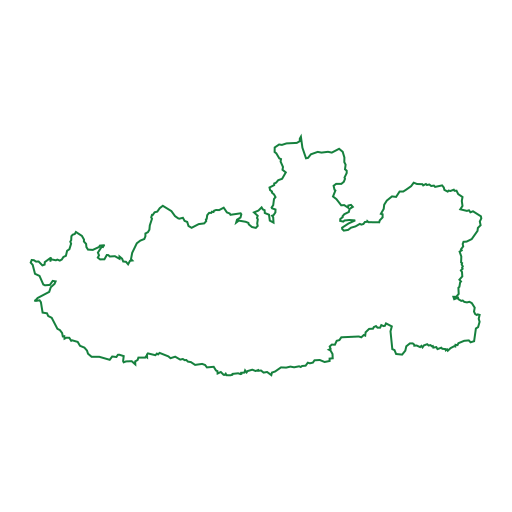 Bolaños, Jalisco, Mexico (Albers equal-area conic projection)
{"feature_id": "50627088B97238980475800", "entity_name": "Bolaños", "entity_type": "district", "adm_level": 2, "iso_a3": "MEX", "parent_name": "Mexico", "parent_adm1": "Jalisco", "projection": "albers", "projection_center": [-103.879, 21.899], "detail": "fine", "context": "isolated", "style": "outline", "palette": "green", "viewbox_px": 512, "rotation_deg": 0, "n_neighbors": 0, "source": "geoboundaries", "source_scale": "gbopen_adm2", "svg_char_len": 6050}
<svg xmlns="http://www.w3.org/2000/svg" viewBox="0 0 512 512"><path d="M342.7,151.8L339.1,148.8L331.8,152.6L328.0,151.8L321.5,152.6L317.7,151.9L310.9,154.3L308.0,157.9L306.0,158.3L302.4,147.7L300.9,136.7L299.8,138.7L299.8,141.2L296.8,142.9L286.5,143.4L281.9,144.9L279.1,144.5L274.7,147.5L274.6,152.0L276.3,153.3L279.3,158.4L281.0,159.1L280.6,161.6L283.0,167.0L282.5,169.8L285.8,172.4L282.1,178.8L278.2,180.2L276.1,182.7L274.2,183.5L274.2,185.1L269.5,187.5L270.1,190.1L272.0,191.5L271.9,192.6L274.0,194.4L275.5,197.1L274.0,199.0L273.2,205.2L271.6,207.5L272.0,208.3L275.5,209.5L275.4,212.4L273.5,215.2L272.1,215.7L273.2,217.3L273.5,222.6L269.8,220.6L269.0,214.7L264.8,213.0L264.6,210.2L262.8,209.4L261.6,207.4L258.4,210.6L254.0,212.4L257.7,215.8L257.0,218.0L257.8,219.3L257.2,223.5L257.7,225.9L255.8,227.9L251.9,227.0L248.8,224.4L248.4,222.9L245.7,221.8L238.8,220.6L236.2,222.6L237.0,219.7L240.5,217.5L241.3,214.3L240.6,213.3L230.5,214.8L229.7,213.5L226.9,212.4L223.7,207.7L219.1,210.1L216.1,210.0L214.1,210.7L213.5,212.0L211.9,211.7L211.3,212.9L209.1,212.9L207.2,215.2L206.7,218.9L205.9,219.5L206.2,221.1L204.2,223.4L198.7,224.1L191.6,227.8L188.5,226.0L187.2,221.9L184.6,220.9L182.9,217.8L179.3,218.7L178.1,218.3L175.0,216.1L171.4,211.1L162.8,205.8L159.7,208.2L157.3,211.6L154.6,212.3L152.7,215.0L152.0,214.9L151.2,217.4L152.0,218.7L149.8,225.4L149.4,229.7L147.9,232.2L145.4,233.5L145.4,236.3L144.3,239.0L140.3,240.6L136.8,243.3L132.2,252.8L131.0,259.1L132.3,260.5L130.0,260.8L128.1,264.3L126.0,261.8L123.2,261.5L122.1,258.7L119.5,256.5L119.5,258.8L114.9,256.2L109.8,256.5L108.3,255.1L106.8,255.0L104.4,259.3L100.1,259.4L97.8,257.6L99.0,255.3L97.9,252.6L101.6,246.9L102.9,247.1L103.3,245.9L104.7,245.2L99.9,245.6L99.0,247.0L92.8,249.9L88.0,249.6L86.4,247.1L86.1,243.9L83.9,241.5L84.0,239.6L81.9,235.9L75.9,232.0L74.8,234.0L72.7,234.7L71.4,236.2L71.2,240.1L70.3,241.7L71.1,243.7L69.4,249.2L67.1,250.8L65.9,255.8L63.4,257.0L61.8,259.5L59.8,260.6L57.3,259.6L55.9,260.3L51.1,259.3L50.2,261.6L50.9,258.2L50.4,258.0L44.8,262.1L44.6,264.6L42.4,265.4L38.6,261.5L36.0,261.6L33.9,260.2L31.7,260.0L30.7,262.6L32.7,264.9L35.0,273.8L39.5,275.9L43.3,284.5L45.0,285.3L49.9,284.9L52.7,280.9L55.6,281.4L54.5,283.9L50.8,287.2L49.2,291.9L37.6,298.0L35.2,300.7L34.1,300.5L35.9,300.9L39.6,300.3L40.9,302.2L42.6,312.6L47.0,313.3L48.2,316.0L51.7,317.8L57.4,328.8L59.9,330.1L62.1,333.0L62.8,336.4L64.3,336.2L64.5,338.7L66.4,337.7L69.3,337.8L71.2,340.8L72.1,340.3L77.7,341.9L80.0,345.8L84.4,347.6L87.0,350.6L88.0,353.7L91.6,356.8L99.3,356.8L109.7,359.8L112.2,356.5L116.4,357.0L117.9,354.8L119.2,354.7L123.7,356.1L123.1,361.1L123.7,362.3L126.1,361.4L131.7,361.2L135.3,364.4L135.2,361.4L137.6,360.0L138.4,357.6L145.2,357.6L145.8,356.6L147.1,357.5L147.0,354.5L147.9,353.4L155.4,355.2L156.9,353.6L158.1,354.4L159.6,352.9L168.4,356.4L170.5,358.2L175.2,356.7L180.2,359.6L182.8,359.0L184.7,360.2L186.3,360.0L187.9,361.6L190.9,362.1L195.1,364.9L202.1,363.9L205.1,365.0L206.9,367.4L213.7,366.8L216.0,370.5L217.4,371.1L217.6,373.5L220.8,372.0L223.6,374.8L224.7,374.9L225.7,373.7L226.5,375.2L230.2,375.3L232.3,374.8L232.5,373.9L238.1,373.3L240.6,374.1L241.3,373.9L241.2,372.8L244.4,372.6L245.1,370.4L246.6,372.4L247.5,371.1L252.3,369.7L255.6,371.0L258.1,370.1L258.2,370.8L261.0,370.5L263.6,372.6L267.1,372.0L271.3,375.1L271.9,372.6L275.1,371.5L281.0,367.4L286.2,367.6L290.4,366.6L294.1,367.3L299.1,366.3L300.7,367.0L302.1,366.0L305.6,365.7L307.8,362.7L309.9,363.3L312.9,362.6L314.5,360.3L319.8,360.0L324.6,362.0L329.6,361.0L329.6,358.6L332.7,358.3L332.5,354.0L330.5,350.5L328.9,349.7L330.6,348.8L329.7,346.5L331.8,344.6L334.9,344.7L336.7,340.8L339.4,340.1L341.3,337.3L358.8,336.5L361.3,337.3L363.8,335.0L365.2,335.6L365.6,332.3L369.1,328.9L373.0,328.7L373.8,327.1L376.0,326.1L377.5,327.7L380.1,327.7L381.3,325.1L383.6,326.1L384.9,325.8L386.0,323.4L391.8,326.4L390.5,331.3L392.3,349.1L394.5,350.1L396.1,354.0L402.1,354.6L405.3,350.7L406.3,346.3L409.9,343.4L412.7,343.4L414.2,344.6L414.3,345.7L416.6,345.5L420.1,347.1L421.4,345.9L422.5,347.4L423.9,345.4L427.2,344.2L428.6,345.5L430.5,345.1L431.8,346.3L432.8,346.0L433.3,347.6L436.3,347.1L437.5,349.1L441.3,347.7L442.3,348.8L445.5,349.1L445.8,350.3L447.1,349.4L447.8,350.7L450.6,348.1L454.2,346.2L455.3,346.5L455.5,344.8L457.5,345.1L458.4,343.2L464.2,340.8L468.8,340.4L470.6,342.3L474.1,341.2L475.9,328.5L478.1,327.1L479.6,321.8L478.7,318.8L479.6,314.9L477.7,314.4L476.8,315.0L475.2,314.1L474.0,311.6L474.7,307.7L471.8,303.1L469.4,301.8L467.0,302.4L464.3,301.9L462.7,300.5L461.3,300.9L458.4,299.2L458.0,297.7L454.2,299.2L453.4,296.8L456.2,296.8L458.7,293.9L458.4,287.8L459.4,286.8L460.1,282.5L461.0,281.5L459.4,279.7L462.3,276.4L462.0,272.0L460.9,270.4L462.6,268.8L462.1,267.7L462.8,266.3L461.7,264.6L462.1,263.1L461.1,262.4L461.3,256.5L459.6,251.6L461.7,250.4L461.0,249.3L463.2,246.4L462.7,244.0L463.5,241.8L466.6,241.6L471.7,239.1L477.5,230.9L477.9,227.9L480.6,225.2L479.8,221.5L481.3,218.4L480.9,216.3L473.0,211.3L470.4,212.3L469.0,210.3L466.9,210.9L460.3,209.3L462.5,205.9L461.8,201.0L462.5,197.0L458.2,194.1L456.5,190.7L454.5,190.8L453.8,189.7L450.4,191.0L448.6,190.6L447.7,191.6L444.4,189.9L443.8,187.5L442.1,185.4L435.1,186.9L433.9,185.6L431.2,186.0L429.3,184.5L426.9,185.0L425.9,184.0L423.2,185.4L422.4,184.2L417.0,184.0L413.7,182.7L411.1,186.2L406.1,189.7L403.3,191.5L399.6,191.5L396.1,196.9L392.0,196.4L386.8,200.6L384.2,204.7L383.7,208.9L380.9,213.8L382.6,214.3L382.6,217.4L379.8,220.3L379.2,222.3L368.5,222.2L367.3,221.1L367.1,221.8L364.9,222.0L363.4,224.0L361.3,224.6L359.8,223.9L355.5,226.4L351.0,227.7L348.1,229.9L343.8,230.6L342.2,229.0L342.1,227.7L348.5,223.5L355.2,220.4L349.4,220.0L344.5,220.5L343.3,221.6L340.2,220.9L340.3,219.0L342.7,217.1L342.6,216.2L344.3,214.2L348.8,212.0L349.6,208.9L352.8,206.9L351.0,204.9L348.3,205.5L348.0,207.6L344.2,205.1L341.2,205.3L336.4,199.1L333.0,196.5L335.4,190.5L334.5,189.7L333.6,185.8L336.1,183.9L341.3,183.9L343.8,181.8L345.0,178.8L344.5,177.6L346.7,173.0L346.7,170.7L345.0,169.3L345.6,164.7L344.3,162.1L344.4,157.5L342.7,151.8Z" fill="none" stroke="#15803d" stroke-width="2"/></svg>